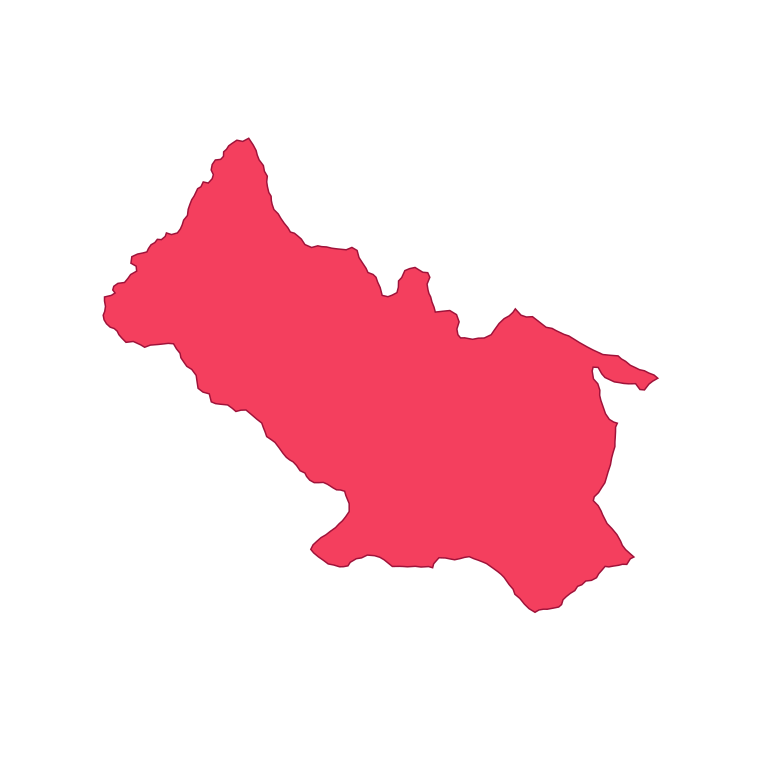 outline of Pompéia, São Paulo, Brazil, rotated 109°
{"feature_id": "56859067B65956509241902", "entity_name": "Pompéia", "entity_type": "district", "adm_level": 2, "iso_a3": "BRA", "parent_name": "Brazil", "parent_adm1": "São Paulo", "projection": "mercator", "projection_center": [-50.194, -22.033], "detail": "fine", "context": "isolated", "style": "filled", "palette": "rose", "viewbox_px": 768, "rotation_deg": 109, "n_neighbors": 0, "source": "geoboundaries", "source_scale": "gbopen_adm2", "svg_char_len": 4413}
<svg xmlns="http://www.w3.org/2000/svg" viewBox="0 0 768 768"><g transform="rotate(109 384 384)"><path d="M466.2,91.4L464.2,96.3L461.9,101.7L459.0,106.1L455.5,109.2L450.6,114.7L446.4,121.6L443.3,127.7L436.4,134.8L433.5,137.3L429.3,141.9L426.2,148.1L422.2,148.5L416.9,145.8L411.2,144.5L405.5,143.0L400.4,143.2L394.3,143.5L386.6,143.6L379.8,144.7L374.1,145.1L368.0,145.3L363.6,146.8L358.8,148.1L353.9,149.5L349.4,151.0L345.1,150.6L345.2,154.6L344.1,159.4L340.0,164.9L333.5,170.0L328.8,173.7L324.5,176.4L319.6,177.9L314.2,181.9L311.0,187.6L303.9,191.4L300.0,191.8L298.6,186.9L303.5,181.4L305.9,177.2L307.0,166.9L306.1,162.1L305.4,157.4L304.1,152.5L301.8,146.2L305.9,140.2L304.8,135.8L297.9,133.5L293.9,130.9L289.4,127.0L287.6,131.6L287.4,137.3L286.7,142.1L287.3,147.0L286.7,151.6L286.1,157.2L283.9,163.0L283.0,167.7L281.2,171.8L283.1,179.1L284.9,186.7L283.8,197.3L282.8,204.0L281.2,212.7L280.0,217.8L278.4,224.9L278.5,229.8L277.5,238.7L276.7,243.1L277.6,249.2L272.0,265.5L274.3,271.2L274.3,276.9L270.2,284.3L274.3,285.4L278.8,287.8L283.1,291.7L289.3,294.9L297.0,297.2L302.5,298.7L307.9,304.2L310.0,309.8L312.9,314.8L314.1,322.8L315.5,326.6L313.3,330.2L308.3,333.0L300.8,333.2L294.8,338.0L293.1,345.7L296.1,352.2L299.3,358.9L295.1,361.7L290.8,365.4L286.5,368.2L283.8,371.0L280.6,373.1L275.5,375.8L268.2,375.4L264.5,378.9L265.7,383.7L264.7,388.2L263.7,392.6L266.6,397.4L270.0,401.2L277.6,401.9L281.8,403.8L287.9,401.9L293.4,401.5L297.4,405.3L300.2,408.7L300.8,414.6L294.1,419.0L289.6,423.3L285.7,426.3L284.0,430.0L283.8,435.5L280.4,438.7L276.5,443.8L272.6,448.8L266.5,452.9L265.3,458.8L269.4,463.4L271.5,472.3L272.6,477.6L273.1,482.9L274.4,487.6L274.9,491.6L278.5,496.9L277.9,504.2L273.9,509.3L272.0,514.0L270.6,517.8L270.8,522.0L267.6,525.7L264.5,530.7L261.1,535.3L257.6,539.4L254.9,544.9L250.5,548.3L247.3,550.2L243.2,551.9L240.4,555.3L235.3,558.5L231.1,560.7L225.5,562.0L221.8,566.3L216.7,569.2L212.8,575.0L208.8,578.4L204.9,580.9L200.6,585.5L195.7,591.9L200.6,596.5L201.4,602.5L206.1,606.1L209.4,608.4L213.3,609.3L216.7,611.2L221.0,609.9L224.8,611.6L227.1,616.4L232.4,617.9L237.9,617.1L241.6,613.5L245.9,613.3L251.2,615.6L251.8,620.7L257.1,621.3L260.0,623.8L264.4,624.3L268.0,624.7L272.4,625.8L277.3,626.0L282.6,626.0L288.6,624.7L294.3,626.8L299.3,626.6L303.7,627.0L308.4,628.5L311.9,633.6L312.0,638.9L315.7,638.9L320.0,641.5L321.0,645.4L324.9,646.7L328.2,649.6L332.6,650.8L336.3,651.2L338.7,654.8L341.4,659.4L345.7,663.9L352.2,662.6L353.3,656.7L357.8,654.6L363.0,659.2L367.5,660.5L372.5,662.4L375.5,668.4L379.6,671.3L383.4,671.1L385.5,667.9L389.0,670.7L392.7,676.6L396.5,675.3L401.3,672.6L406.3,671.7L410.4,671.9L414.4,669.6L417.4,666.0L419.4,661.4L419.4,657.1L420.9,653.5L423.7,650.7L425.9,646.9L428.6,641.5L425.4,634.9L426.2,626.8L427.2,622.3L423.3,617.6L420.2,610.5L418.0,605.8L415.8,601.2L414.5,596.1L418.3,591.7L421.4,586.8L425.3,584.6L428.9,579.8L431.5,576.2L432.8,570.5L437.0,564.4L441.9,561.9L448.6,558.4L450.6,552.5L450.2,546.0L457.1,541.5L457.4,536.9L456.4,532.2L454.7,525.0L456.4,519.5L458.2,515.1L455.3,510.7L453.5,506.0L455.8,500.0L458.7,492.7L460.7,486.9L464.7,483.7L467.8,481.0L471.9,477.8L473.5,471.9L474.7,468.1L478.2,462.8L482.5,456.8L485.1,452.5L486.5,448.4L487.2,444.6L489.5,440.2L493.3,435.1L493.9,429.8L496.6,427.1L499.1,422.9L500.0,417.9L498.4,413.3L496.8,409.4L497.2,404.8L498.8,398.3L499.5,394.4L498.4,390.7L498.2,386.3L501.9,383.7L508.4,378.0L515.9,375.4L521.9,377.0L527.0,378.8L530.7,380.9L535.6,383.1L540.5,386.6L545.7,390.0L549.7,393.5L553.9,395.9L559.1,398.7L564.2,399.4L566.6,395.5L568.8,389.7L570.5,383.7L572.3,378.2L571.5,372.5L571.3,366.5L569.9,362.8L567.7,358.9L563.6,357.9L558.2,353.3L555.7,348.6L551.2,344.1L549.4,337.0L549.2,331.5L550.2,326.6L553.8,316.7L551.3,309.8L550.2,306.1L549.2,302.3L546.2,295.1L545.0,289.4L542.1,282.4L541.9,278.2L537.8,278.5L530.4,275.5L528.5,269.3L527.9,264.7L527.2,260.0L524.3,255.2L521.7,251.4L519.5,247.2L519.9,242.1L519.9,237.6L520.1,233.0L520.4,228.6L522.7,220.7L524.4,215.2L525.8,211.4L527.8,207.4L532.9,200.4L536.0,195.1L540.2,191.8L542.5,185.8L546.4,179.6L549.2,173.7L550.7,166.9L547.2,163.9L545.0,159.9L543.8,156.3L540.7,150.8L538.0,146.2L534.7,144.3L529.7,144.5L525.6,142.4L521.3,139.7L517.2,136.3L512.3,135.1L509.4,131.6L504.6,129.1L502.1,123.9L498.0,120.0L493.5,119.2L489.0,117.3L484.5,115.6L483.7,111.8L481.5,107.9L479.0,103.1L476.8,99.8L475.5,95.7L469.1,94.2L466.2,91.4Z" fill="#f43f5e" stroke="#9f1239" stroke-width="1.5"/></g></svg>